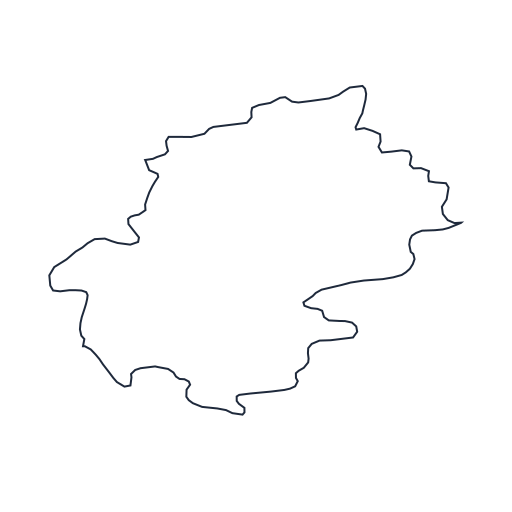 Karma, Gomel, Belarus (Equal Earth projection), rotated 353°
{"feature_id": "67162791B17316516711258", "entity_name": "Karma", "entity_type": "district", "adm_level": 2, "iso_a3": "BLR", "parent_name": "Belarus", "parent_adm1": "Gomel", "projection": "equal_earth", "projection_center": [30.843, 53.121], "detail": "fine", "context": "isolated", "style": "outline", "palette": "slate", "viewbox_px": 512, "rotation_deg": 353, "n_neighbors": 0, "source": "geoboundaries", "source_scale": "gbopen_adm2", "svg_char_len": 2666}
<svg xmlns="http://www.w3.org/2000/svg" viewBox="0 0 512 512"><g transform="rotate(353 256 256)"><path d="M463.8,247.9L457.0,247.5L450.7,243.8L446.6,237.1L446.5,229.8L452.1,223.0L455.5,211.5L453.4,206.9L443.0,204.8L436.7,202.9L436.7,197.5L438.0,192.9L430.5,188.9L422.9,188.2L419.8,184.2L422.4,176.2L420.7,170.9L413.6,168.9L402.9,168.9L393.6,168.6L390.9,162.6L393.6,157.6L394.0,150.3L386.9,146.0L378.9,142.3L370.9,142.7L370.5,140.3L373.1,136.4L375.8,131.7L378.9,127.4L379.9,124.5L381.6,120.1L383.8,114.1L385.1,108.5L384.6,103.2L382.4,100.2L374.9,100.2L369.6,100.2L362.5,103.5L357.6,106.2L347.8,108.5L329.2,108.8L316.8,108.8L310.6,107.2L304.4,101.9L299.1,101.9L288.9,105.8L277.3,106.5L270.2,108.5L268.9,112.5L268.5,117.8L263.2,122.7L250.7,122.7L237.0,122.7L229.4,122.7L225.0,124.1L219.7,128.4L206.4,130.0L196.6,128.7L183.8,127.1L180.7,131.0L180.7,135.7L181.5,141.0L178.0,144.0L169.6,145.7L165.6,147.0L157.7,147.2L157.8,147.5L160.4,157.8L165.0,160.5L168.3,162.5L168.6,165.6L164.7,170.1L161.7,174.0L157.8,179.9L155.2,185.0L152.2,191.4L151.9,197.0L144.7,200.7L140.5,200.9L136.5,201.7L133.6,203.6L133.3,208.8L138.5,217.4L142.1,223.3L140.7,227.7L132.6,229.4L120.2,226.2L114.6,223.7L108.1,220.3L97.9,219.6L90.4,222.8L84.8,226.4L77.6,229.6L67.5,236.3L54.4,242.4L48.5,250.0L48.2,260.3L50.4,265.5L57.3,267.2L66.5,267.2L73.0,268.0L78.6,269.0L83.1,271.2L84.1,274.4L83.1,278.3L81.5,282.7L79.5,287.2L77.2,292.1L75.6,295.5L73.6,301.2L72.3,307.4L72.9,313.8L75.5,317.5L73.3,324.5L75.1,324.7L80.6,328.6L84.9,334.4L88.0,339.2L90.9,344.9L96.0,353.5L99.5,359.6L102.6,364.2L109.5,369.6L115.6,369.2L117.6,361.3L117.6,357.9L122.2,354.4L127.7,353.3L142.4,353.3L145.5,354.4L155.0,357.4L159.9,361.6L161.9,365.9L165.1,368.7L170.0,369.6L174.0,372.4L174.9,375.7L170.8,380.2L169.7,387.2L171.7,390.9L175.4,394.4L184.1,399.2L199.0,402.6L207.5,405.3L213.4,409.1L223.3,411.8L225.5,409.8L226.0,405.3L221.0,400.6L219.2,397.5L219.7,393.1L222.4,391.8L233.6,391.8L254.3,392.4L267.8,392.4L273.6,391.8L279.0,390.1L282.2,385.3L280.8,381.9L281.3,377.2L284.4,375.1L289.8,372.8L294.8,368.0L295.7,364.3L295.7,358.8L296.6,353.8L300.6,350.0L308.7,347.7L319.9,348.7L330.7,348.7L342.4,348.7L347.2,343.5L346.9,338.1L343.2,333.8L336.3,331.4L331.7,330.8L320.4,328.8L316.1,324.9L315.0,318.4L310.7,316.0L304.3,314.5L298.0,311.3L297.4,307.8L302.9,305.0L307.5,302.6L310.7,300.0L317.0,297.4L327.3,296.3L337.4,295.2L346.6,293.9L360.1,293.5L379.1,294.4L389.7,293.9L398.3,292.6L402.7,290.5L407.2,287.4L410.7,283.1L413.0,278.4L412.4,273.2L410.1,270.8L409.5,263.4L410.9,258.3L413.2,254.8L417.8,252.6L423.9,251.1L436.8,252.2L444.6,252.4L450.6,251.6L463.5,248.1L463.8,247.9Z" fill="none" stroke="#1e293b" stroke-width="2"/></g></svg>